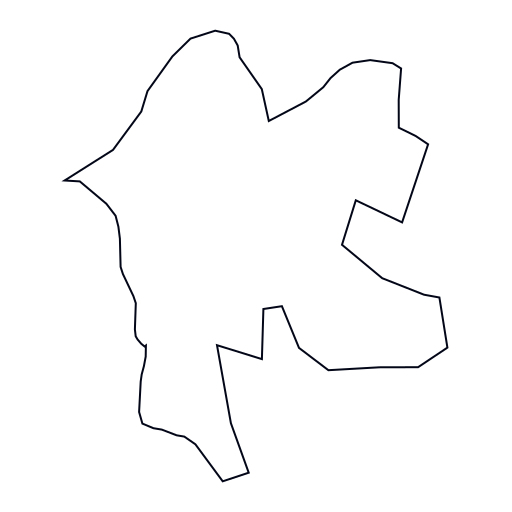 Livanu, orthographic projection
{"feature_id": "LVA-5750", "entity_name": "Livanu", "entity_type": "Municipality", "adm_level": 1, "iso_a3": "LVA", "parent_name": "Latvia", "parent_adm1": "", "projection": "orthographic", "projection_center": [26.324, 56.351], "detail": "fine", "context": "isolated", "style": "outline", "palette": "ink", "viewbox_px": 512, "rotation_deg": 0, "n_neighbors": 0, "source": "natural_earth", "source_scale": "10m", "svg_char_len": 948}
<svg xmlns="http://www.w3.org/2000/svg" viewBox="0 0 512 512"><path d="M248.7,472.7L222.7,481.3L195.4,444.3L184.3,436.6L176.6,435.3L161.8,429.6L153.4,428.2L142.4,423.6L139.1,412.0L140.7,381.5L141.7,374.4L143.9,366.2L145.7,356.6L145.9,345.5L144.6,346.5L141.2,343.7L137.6,339.5L135.7,336.3L134.9,329.4L135.8,303.2L133.4,296.1L122.9,274.0L120.6,266.9L119.9,238.7L118.4,226.7L115.6,215.8L106.4,203.8L79.8,181.4L64.6,180.5L113.0,149.9L141.3,111.5L147.5,91.1L172.4,56.4L190.5,38.6L215.2,30.7L229.1,33.8L233.9,38.7L237.7,45.5L239.6,57.3L261.8,89.1L268.8,121.0L305.9,101.5L323.3,87.2L330.5,78.1L339.8,69.7L352.5,62.7L370.2,60.1L392.6,63.2L401.1,68.5L398.7,99.9L398.8,127.7L415.7,136.0L428.1,144.3L402.1,222.4L355.8,200.3L342.0,244.8L382.2,278.2L424.0,294.7L439.4,297.5L447.4,347.6L418.1,367.2L379.4,367.3L328.4,370.2L299.0,347.9L281.9,306.2L263.4,309.0L261.9,359.1L217.0,345.2L230.9,423.2L248.7,472.7Z" fill="none" stroke="#020617" stroke-width="2"/></svg>